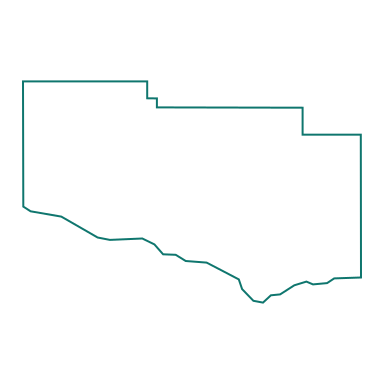 Jerome, Idaho, United States of America
{"feature_id": "52423323B77549973511712", "entity_name": "Jerome", "entity_type": "district", "adm_level": 2, "iso_a3": "USA", "parent_name": "United States of America", "parent_adm1": "Idaho", "projection": "natural_earth1", "projection_center": [-114.264, 42.673], "detail": "fine", "context": "isolated", "style": "outline", "palette": "teal", "viewbox_px": 384, "rotation_deg": 0, "n_neighbors": 0, "source": "geoboundaries", "source_scale": "gbopen_adm2", "svg_char_len": 510}
<svg xmlns="http://www.w3.org/2000/svg" viewBox="0 0 384 384"><path d="M34.4,81.4L23.0,81.4L23.3,206.6L30.6,211.3L61.3,216.6L97.6,237.5L109.9,239.9L142.3,238.5L154.4,244.4L163.1,254.3L175.7,254.8L185.7,261.0L206.6,262.6L238.8,279.4L242.1,289.1L253.4,300.8L263.0,302.6L270.9,295.3L280.1,294.4L294.3,285.3L306.4,281.6L313.0,284.4L327.1,283.1L334.2,278.4L361.0,277.5L360.8,134.7L302.6,134.7L302.6,107.7L156.9,107.4L156.9,98.4L147.2,98.3L147.2,81.4L34.4,81.4Z" fill="none" stroke="#0f766e" stroke-width="2"/></svg>